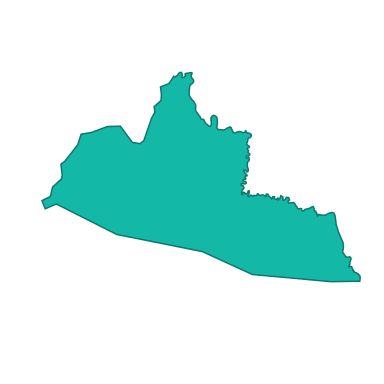 Villa Sara, Treinta y Tres, Uruguay (Robinson projection), rotated 259°
{"feature_id": "84410073B51130607975683", "entity_name": "Villa Sara", "entity_type": "district", "adm_level": 2, "iso_a3": "URY", "parent_name": "Uruguay", "parent_adm1": "Treinta y Tres", "projection": "robinson", "projection_center": [-54.408, -33.348], "detail": "fine", "context": "isolated", "style": "filled", "palette": "teal", "viewbox_px": 384, "rotation_deg": 259, "n_neighbors": 0, "source": "geoboundaries", "source_scale": "gbopen_adm2", "svg_char_len": 6097}
<svg xmlns="http://www.w3.org/2000/svg" viewBox="0 0 384 384"><g transform="rotate(259 192 192)"><path d="M309.0,196.2L302.8,190.0L301.2,181.1L293.6,180.6L287.7,179.0L283.0,171.1L277.7,170.9L272.0,166.3L251.5,154.4L249.4,150.1L252.1,142.9L270.3,134.2L272.4,121.4L269.6,104.6L269.9,94.2L260.3,88.9L255.0,82.9L246.5,73.1L244.2,68.6L233.1,67.8L229.6,66.1L223.5,56.1L214.7,52.2L212.2,43.1L203.5,44.7L206.1,56.6L164.6,110.1L131.5,190.8L99.5,235.5L77.4,311.5L72.4,339.7L76.4,340.9L77.7,340.7L78.3,340.3L78.9,339.9L79.5,339.8L80.0,339.3L80.4,338.9L80.5,338.6L81.1,338.3L81.5,337.6L82.0,336.7L82.5,336.0L82.8,336.1L83.0,336.0L82.9,335.8L83.3,335.7L83.8,335.4L84.6,335.4L84.7,335.2L84.7,334.9L85.6,334.9L86.9,334.8L88.3,334.3L88.7,333.7L88.8,333.2L88.5,332.2L89.1,331.7L90.9,333.1L91.9,333.5L92.8,333.5L95.9,335.4L97.7,335.2L98.4,334.0L98.2,332.8L98.9,330.7L104.3,328.4L109.0,330.2L113.7,330.6L119.0,329.3L125.6,328.1L132.3,327.3L137.4,327.7L142.0,327.9L144.2,327.3L145.2,325.6L145.1,322.9L143.8,318.0L144.7,314.6L145.2,313.4L145.5,312.7L145.8,312.1L145.2,311.5L144.8,311.0L144.6,310.7L144.9,310.6L145.4,310.5L146.1,310.5L148.1,310.1L149.6,309.7L150.2,308.8L150.8,308.4L151.5,308.5L152.0,308.7L154.6,308.3L154.4,306.5L153.6,304.2L153.4,302.1L153.4,299.7L152.2,298.1L152.6,296.5L154.7,296.3L155.3,294.9L154.9,293.4L156.1,292.4L158.1,292.0L159.0,291.0L160.5,290.9L162.2,289.9L162.4,288.7L162.6,286.5L162.8,284.7L164.5,284.4L165.4,286.2L168.0,285.9L168.8,283.6L166.7,282.0L166.5,280.0L168.2,280.0L169.9,280.3L171.4,278.5L169.0,277.1L167.8,275.3L169.7,275.2L168.6,273.4L169.6,271.6L171.7,272.1L171.9,270.3L170.0,269.1L171.9,267.7L173.6,266.6L175.4,266.1L175.6,265.4L175.8,264.8L175.3,264.2L174.6,264.1L173.9,264.2L173.4,263.7L173.6,263.0L174.3,262.6L175.1,261.9L175.7,261.1L175.7,260.1L175.6,258.8L175.8,257.8L176.4,257.2L177.0,256.8L177.4,256.7L177.8,256.2L177.7,255.8L177.1,255.5L176.5,255.3L176.1,254.7L176.4,253.9L176.5,253.2L176.7,252.6L176.9,252.1L176.9,251.7L176.5,251.2L176.3,250.7L176.6,250.2L177.5,249.5L177.7,249.0L177.6,248.6L177.1,248.2L176.8,247.8L176.6,247.3L176.6,246.8L176.8,246.3L177.2,246.2L177.7,246.2L178.2,246.6L178.7,247.2L179.1,247.4L179.6,247.7L180.9,248.2L181.4,248.4L182.0,248.4L182.4,248.0L182.4,247.4L182.0,247.1L181.4,246.9L180.7,246.5L180.3,246.0L179.8,245.4L179.6,244.9L180.1,244.4L180.8,243.9L181.3,243.5L181.7,243.0L181.9,242.5L181.6,242.0L181.2,241.8L180.4,241.6L179.8,241.5L179.7,241.0L180.0,240.5L180.5,240.2L181.1,240.5L181.8,240.6L182.2,240.7L183.0,241.1L183.7,241.5L184.4,242.0L184.8,242.5L185.1,243.0L185.5,243.4L186.0,243.8L186.7,243.8L187.3,243.6L187.7,243.4L188.4,243.4L188.7,243.2L188.9,242.6L189.0,242.3L189.4,241.6L189.9,241.5L190.6,241.8L190.7,242.2L190.8,243.0L190.5,243.6L190.4,244.2L190.2,244.7L189.9,245.2L189.8,245.7L189.8,246.2L190.2,246.8L190.7,247.1L191.2,247.0L191.9,246.5L192.4,245.9L192.7,245.2L192.8,244.5L193.4,244.0L193.8,244.1L194.2,244.7L194.4,245.2L194.6,245.9L194.2,246.8L194.5,247.3L195.2,247.4L196.5,246.9L196.8,246.9L197.2,247.2L197.5,247.6L197.5,248.0L197.3,248.3L197.3,248.8L197.5,249.2L198.1,249.2L198.7,248.9L199.2,248.6L199.9,248.0L201.3,247.3L202.0,247.0L202.9,246.7L203.5,246.8L203.7,247.2L203.4,248.3L202.9,248.9L202.3,249.2L201.6,249.2L201.2,249.6L201.2,250.0L201.3,250.5L201.7,251.0L202.2,251.3L202.9,251.5L203.6,251.6L205.7,251.2L206.5,251.3L207.3,251.2L207.9,251.3L208.4,251.5L209.5,251.8L210.0,252.1L210.5,252.1L210.8,252.1L211.2,252.4L211.3,253.1L211.5,253.6L211.9,253.9L212.4,254.2L213.5,254.5L214.1,254.5L214.5,254.5L214.9,254.4L215.1,254.0L215.0,253.5L214.8,253.1L214.7,252.5L214.9,251.9L215.3,251.7L215.6,251.7L216.0,251.8L216.5,252.1L216.7,252.4L216.8,252.9L216.7,253.4L216.5,253.9L216.5,254.4L217.1,255.1L217.3,255.4L217.7,255.9L218.1,256.0L218.3,255.9L218.7,255.7L219.1,255.3L219.4,254.9L219.9,254.7L220.3,254.6L221.2,254.9L222.0,255.3L222.4,255.1L223.2,254.6L223.6,254.5L224.3,254.7L224.4,254.9L224.7,255.5L224.7,256.1L224.7,256.5L225.0,256.8L225.2,257.0L225.7,256.9L226.2,256.6L226.6,256.2L227.1,255.7L227.5,255.3L228.0,255.0L228.6,254.9L229.0,255.0L229.5,255.2L230.0,255.5L230.6,255.8L231.1,256.2L231.7,256.5L232.4,256.7L233.7,257.3L234.1,257.6L234.3,258.0L234.2,258.4L234.2,259.0L234.3,259.4L234.7,260.0L235.3,260.6L236.0,261.0L236.8,261.1L237.5,260.9L238.1,260.3L238.7,259.5L239.6,257.6L240.1,256.9L240.5,256.5L241.0,256.5L241.6,256.7L241.9,256.5L241.6,256.1L241.1,255.7L240.7,255.3L240.5,254.8L240.4,254.3L240.5,253.7L240.6,253.2L241.1,252.4L242.0,251.2L242.3,250.5L242.3,249.8L242.2,249.0L242.3,248.0L242.2,247.3L241.8,246.6L241.7,245.9L241.8,245.3L242.0,244.6L242.3,244.0L243.0,243.7L243.9,243.5L244.7,243.4L245.7,243.1L246.8,242.8L247.7,242.7L248.5,242.1L248.5,241.1L248.4,240.1L248.1,239.0L247.7,238.0L247.2,236.9L246.8,235.6L247.0,234.4L247.2,233.5L247.6,232.4L247.9,231.6L248.1,230.6L248.5,229.6L249.1,228.9L249.8,228.7L250.5,228.7L252.3,229.2L254.8,230.1L256.2,230.3L257.0,230.4L257.8,230.6L258.6,230.6L259.6,230.7L260.7,230.5L261.7,229.9L262.6,228.8L263.2,227.8L263.0,226.9L262.5,226.0L261.4,224.9L260.8,224.7L259.8,224.5L258.9,224.3L258.1,224.3L257.3,224.3L256.6,224.3L255.6,224.0L254.6,223.7L253.5,223.3L253.1,222.4L253.3,221.4L253.9,220.8L254.7,220.3L255.4,219.8L256.1,219.1L256.8,218.5L257.6,218.2L258.7,217.9L260.8,217.4L261.4,216.5L261.4,215.9L261.8,215.1L262.4,214.6L263.2,214.5L264.6,214.2L266.7,213.1L268.0,212.6L268.9,212.2L269.7,211.8L270.5,211.5L271.7,211.1L272.9,211.3L273.9,211.7L275.0,211.9L276.0,212.2L277.5,212.0L280.8,210.9L282.0,210.0L283.7,209.1L286.1,208.1L287.3,207.9L288.8,207.9L290.7,208.2L292.1,208.6L293.2,209.0L294.4,209.4L296.0,209.8L297.2,210.6L297.8,211.7L298.5,213.1L299.0,213.8L299.8,214.4L300.4,214.8L301.5,214.9L302.3,214.6L303.0,214.1L304.0,213.5L305.3,213.3L306.9,213.6L308.0,214.5L308.7,214.8L309.3,214.2L309.5,212.7L309.4,211.0L309.5,209.9L309.7,209.1L309.5,208.0L308.7,207.6L307.9,207.9L306.9,207.3L306.3,206.1L306.1,205.0L306.4,204.2L306.9,203.8L308.3,204.7L309.1,205.0L310.6,204.7L311.6,204.1L311.6,202.9L311.2,201.9L310.5,201.1L309.5,200.2L309.0,199.2L308.6,198.3L308.3,197.2L308.4,196.4L309.0,196.2Z" fill="#14b8a6" stroke="#0f766e" stroke-width="1.5"/></g></svg>